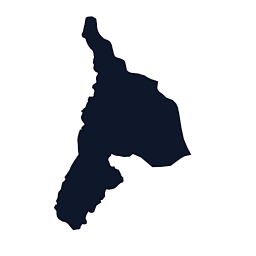 Pak Xeng, Louangphrabang, Laos, rotated 96°
{"feature_id": "54806243B94581920301315", "entity_name": "Pak Xeng", "entity_type": "district", "adm_level": 2, "iso_a3": "LAO", "parent_name": "Laos", "parent_adm1": "Louangphrabang", "projection": "albers", "projection_center": [102.685, 20.214], "detail": "fine", "context": "isolated", "style": "filled", "palette": "ink", "viewbox_px": 256, "rotation_deg": 96, "n_neighbors": 0, "source": "geoboundaries", "source_scale": "gbopen_adm2", "svg_char_len": 4995}
<svg xmlns="http://www.w3.org/2000/svg" viewBox="0 0 256 256"><g transform="rotate(96 128 128)"><path d="M79.1,103.7L78.5,106.2L78.4,107.0L78.2,107.9L78.0,108.9L77.7,110.3L77.1,112.0L76.8,112.6L76.3,114.1L75.9,115.0L75.3,116.0L74.9,116.5L74.6,117.6L74.4,119.3L74.1,120.8L73.7,122.3L73.5,123.5L73.5,125.0L73.5,128.5L73.5,129.4L73.5,130.6L73.4,131.1L73.3,131.4L73.0,132.6L72.6,133.7L72.1,134.5L71.5,135.3L70.8,135.8L69.3,136.4L68.1,136.7L66.8,137.1L65.7,137.5L64.4,137.9L62.6,138.6L61.9,139.3L61.5,139.8L60.6,142.3L60.3,143.6L60.0,145.1L59.7,146.7L59.2,148.0L58.7,148.9L57.8,149.5L56.5,150.2L55.0,150.9L53.1,151.4L50.2,152.6L48.9,152.9L47.3,153.5L46.3,154.1L45.2,154.8L44.6,155.4L43.7,156.9L42.9,159.4L42.2,161.8L40.3,164.1L38.9,165.7L38.0,166.6L37.0,167.3L35.3,168.4L33.9,169.1L31.1,170.0L29.2,170.3L27.3,170.6L25.3,171.2L24.0,171.4L23.1,171.8L21.8,174.7L21.5,175.5L22.0,178.2L22.3,179.6L22.9,180.6L23.7,180.9L25.3,181.1L27.5,181.2L29.4,181.3L31.5,181.6L33.4,181.9L35.2,182.0L36.8,182.0L37.0,182.2L37.9,182.5L38.6,182.7L39.1,182.9L39.6,183.1L40.0,183.1L40.3,183.0L41.3,182.6L42.0,182.0L42.3,180.6L42.9,179.3L44.2,178.5L46.0,177.9L47.5,177.0L48.7,176.3L50.0,175.3L51.0,174.6L51.6,173.7L52.6,173.0L53.2,172.2L53.3,171.4L57.1,169.3L57.8,169.3L59.1,169.0L60.3,168.6L61.6,168.3L63.0,169.0L64.2,168.9L65.9,169.0L66.7,169.0L68.6,167.6L70.9,168.0L72.1,168.0L73.1,167.5L74.4,166.3L74.9,165.6L75.4,163.9L76.2,162.9L77.9,163.1L78.7,163.3L80.2,164.2L81.4,164.3L83.0,164.2L84.3,163.7L86.5,163.5L87.2,164.3L88.0,165.5L88.7,166.2L90.0,167.1L91.6,167.1L92.1,166.1L93.1,165.1L94.2,164.6L95.2,164.3L96.3,164.8L97.9,164.9L98.9,164.9L100.2,164.9L101.1,165.9L101.4,167.3L101.5,168.7L101.4,169.3L101.9,169.7L103.3,170.0L104.8,170.2L105.6,169.3L107.5,170.7L109.1,171.2L110.8,171.6L112.6,171.8L113.5,173.3L114.8,174.3L115.8,174.6L115.9,175.4L116.2,175.4L116.3,175.2L116.5,174.9L116.7,174.7L116.9,174.4L117.1,174.2L117.4,174.0L117.5,173.9L117.8,174.0L118.0,174.0L118.4,174.2L118.6,174.2L118.9,174.2L119.3,174.3L119.8,174.5L120.0,174.6L120.4,174.7L120.8,174.9L121.3,175.1L121.6,175.2L122.1,175.3L122.3,175.2L122.5,175.1L122.8,175.0L123.1,175.0L123.3,174.9L123.5,174.8L123.8,174.6L124.1,174.4L124.4,174.3L124.5,174.2L124.8,174.2L125.0,174.0L125.1,173.9L125.2,173.7L125.4,173.5L125.5,173.4L125.9,173.2L126.0,173.1L126.3,172.9L126.5,172.8L126.6,172.7L126.6,172.4L126.8,172.3L127.0,172.1L127.2,171.8L127.2,171.7L127.4,171.6L127.5,171.4L127.8,171.4L128.1,171.2L128.4,171.0L128.6,170.9L128.9,170.8L129.1,170.8L129.3,170.8L129.5,170.9L129.7,171.1L129.9,171.1L130.0,171.4L130.1,171.5L130.4,171.4L130.5,171.5L130.8,171.6L131.0,171.6L131.0,171.8L131.1,172.0L131.2,172.3L131.1,172.5L131.3,172.7L131.5,172.7L131.7,172.8L131.8,172.9L131.9,173.0L132.1,173.2L132.2,173.3L132.3,173.4L132.5,173.5L132.8,173.6L133.0,173.7L133.2,173.4L133.4,173.4L133.6,173.3L133.8,173.2L134.0,173.1L134.1,172.9L134.3,172.9L134.6,173.1L134.8,173.3L134.9,173.5L135.1,173.7L135.2,173.8L135.4,174.0L135.4,174.3L135.2,174.8L135.6,175.1L138.7,175.8L140.6,176.1L142.4,176.3L144.3,176.4L146.0,176.2L147.8,175.8L149.1,175.6L150.4,175.3L153.8,174.9L154.8,174.7L155.8,174.5L158.2,173.9L158.8,173.8L159.7,173.7L160.3,173.5L160.2,173.7L161.0,174.4L162.2,175.1L164.0,175.9L165.5,176.8L166.9,177.5L168.3,178.2L171.2,179.5L173.2,180.3L174.5,180.6L176.1,181.1L181.4,183.9L183.5,185.2L184.6,184.2L186.2,184.2L187.2,184.8L188.3,185.7L189.2,186.8L192.4,187.3L195.0,187.5L196.8,187.9L199.1,189.7L201.7,190.1L203.8,189.9L206.4,190.4L207.8,191.2L210.1,190.1L211.7,189.8L212.7,191.7L214.9,192.5L216.1,191.3L217.8,189.7L220.2,189.5L223.3,188.7L225.5,186.7L226.3,184.7L227.2,183.2L227.2,180.9L228.0,179.0L229.2,177.0L231.4,174.9L234.5,171.6L234.0,170.0L233.2,167.6L233.1,166.2L232.2,165.5L230.8,165.6L227.3,163.6L227.7,161.6L227.2,159.9L225.1,159.9L224.0,160.7L222.4,161.5L220.9,161.4L218.8,161.0L216.6,160.1L214.4,159.2L214.2,158.3L215.2,157.2L215.5,156.2L215.2,154.4L214.4,153.5L211.4,152.8L208.1,151.9L204.6,147.7L203.5,148.3L202.4,148.4L201.9,148.1L201.6,146.5L200.8,145.9L199.8,145.5L198.4,144.4L197.5,144.5L196.1,144.8L194.6,144.8L193.8,144.9L193.1,144.5L192.0,144.4L190.9,143.7L190.3,143.1L190.5,141.6L190.7,140.5L190.0,139.3L189.9,137.9L189.4,137.3L189.2,136.1L188.0,134.5L185.5,132.5L183.8,130.9L182.9,130.0L182.4,128.9L181.9,127.9L180.9,127.7L179.7,128.0L178.2,128.2L177.0,129.9L175.5,130.7L173.4,131.8L172.1,132.7L171.1,133.4L171.0,134.8L170.2,136.9L168.4,138.0L169.0,140.3L168.4,141.0L167.6,142.4L164.7,143.5L162.3,145.0L160.4,145.1L158.6,144.2L156.9,142.7L154.8,142.4L154.4,141.7L154.8,140.9L155.5,139.4L156.1,136.7L156.0,133.2L156.5,129.8L156.3,127.4L155.9,125.7L155.8,124.0L155.0,123.0L153.8,122.0L152.4,120.7L155.4,111.5L162.6,101.0L163.6,99.6L162.5,91.2L160.4,81.8L157.1,78.3L152.0,72.7L149.4,69.0L147.6,63.5L141.8,67.4L133.4,72.0L122.4,75.6L107.5,79.6L102.6,81.2L99.2,83.2L96.3,86.6L94.4,93.5L91.8,96.8L91.4,97.2L89.4,100.8L87.7,102.7L86.3,103.5L85.6,103.7L84.3,103.9L83.1,103.8L80.6,103.8L79.1,103.7Z" fill="#0f172a" stroke="#020617" stroke-width="1.5"/></g></svg>